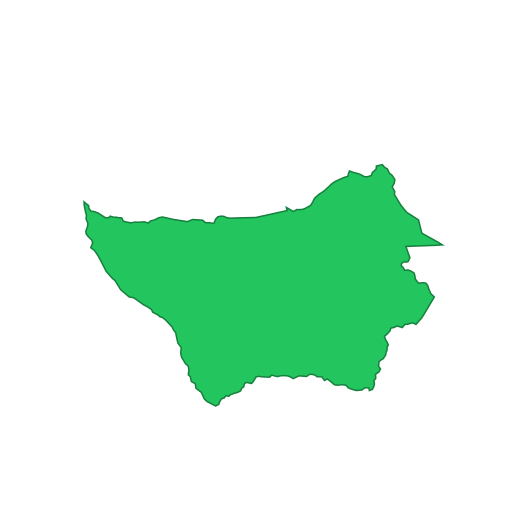 the district of Itaíba, Pernambuco, Brazil, rotated 125°
{"feature_id": "56859067B4810139882764", "entity_name": "Itaíba", "entity_type": "district", "adm_level": 2, "iso_a3": "BRA", "parent_name": "Brazil", "parent_adm1": "Pernambuco", "projection": "natural_earth1", "projection_center": [-37.295, -9.026], "detail": "fine", "context": "isolated", "style": "filled", "palette": "green", "viewbox_px": 512, "rotation_deg": 125, "n_neighbors": 0, "source": "geoboundaries", "source_scale": "gbopen_adm2", "svg_char_len": 3267}
<svg xmlns="http://www.w3.org/2000/svg" viewBox="0 0 512 512"><g transform="rotate(125 256 256)"><path d="M403.3,212.5L402.0,203.0L398.8,201.4L396.0,202.2L392.6,202.3L390.6,200.6L387.8,200.6L386.5,197.8L384.4,197.4L381.8,195.7L378.2,192.8L375.3,191.2L372.5,191.9L370.2,191.0L367.2,192.2L365.0,191.3L363.0,186.5L359.6,186.2L355.0,186.6L352.9,184.6L351.8,182.2L349.1,177.9L347.4,175.3L344.6,174.8L343.5,171.8L342.4,169.1L340.4,167.5L338.4,165.1L336.1,161.4L335.3,158.7L335.1,155.2L329.6,152.1L327.4,148.5L325.6,145.4L322.8,144.6L320.9,142.5L319.7,139.2L319.9,136.8L317.2,132.7L318.7,128.5L315.8,127.0L316.0,122.8L316.5,118.0L315.6,116.0L314.3,114.1L312.4,112.2L310.2,108.2L311.1,104.8L310.4,101.7L308.7,96.8L307.2,94.9L304.8,92.2L302.3,91.7L300.8,90.2L299.3,87.9L301.2,86.0L298.5,84.1L295.5,84.6L292.7,85.7L290.5,87.9L287.6,87.7L284.4,90.2L280.4,88.8L277.0,89.3L276.1,92.3L271.9,94.7L269.2,93.8L267.2,92.9L262.7,93.0L260.1,94.3L258.0,94.6L255.6,96.3L252.9,96.6L251.6,98.7L250.2,101.9L248.1,104.7L244.6,103.8L242.3,103.5L240.3,103.3L237.8,104.2L235.2,101.8L232.5,100.4L231.5,97.6L230.7,95.1L226.5,94.8L225.1,92.8L220.9,89.4L220.3,85.7L211.2,84.7L187.3,86.4L186.6,91.1L184.2,95.1L181.6,98.6L180.8,101.3L181.8,103.4L185.0,107.4L183.5,112.2L181.0,114.6L179.3,116.6L179.4,119.8L180.2,123.5L182.5,126.0L181.1,128.5L180.7,131.4L178.7,132.4L176.1,131.7L174.9,129.5L173.2,128.2L169.2,128.9L162.2,138.7L159.0,134.5L144.3,115.1L140.0,109.7L140.3,114.7L142.2,133.2L135.1,141.4L133.2,143.6L133.3,146.2L133.4,148.6L133.8,157.7L131.4,166.1L129.9,169.6L126.3,177.8L123.5,179.4L121.4,184.0L117.1,184.5L113.7,186.1L111.8,190.9L111.7,194.2L109.3,198.3L109.6,201.4L108.7,204.9L110.6,206.6L113.2,209.0L115.7,207.5L118.1,207.8L120.7,208.6L124.0,207.7L127.4,210.4L128.9,212.8L129.1,215.7L129.8,219.2L131.6,224.0L132.7,228.2L135.6,227.5L138.1,226.5L141.1,228.9L149.5,233.9L153.6,235.4L157.8,236.2L160.2,236.8L162.7,237.3L166.3,238.5L169.0,239.7L171.8,240.4L174.8,241.1L177.0,240.9L179.3,240.5L183.3,240.3L186.3,241.8L188.6,242.9L191.1,244.6L193.2,247.2L194.7,249.4L198.1,250.8L198.4,254.5L198.8,259.0L201.0,256.6L224.5,278.2L238.1,296.6L239.9,299.0L241.4,301.9L241.9,304.8L243.1,307.2L245.8,309.8L249.1,310.2L253.0,309.3L254.5,310.9L255.3,313.1L257.6,316.4L257.3,320.3L262.5,328.9L267.2,331.9L273.3,344.4L277.7,355.0L280.4,357.6L285.0,360.1L287.6,362.4L290.9,363.3L292.0,367.0L295.9,371.8L297.4,374.3L300.6,377.5L302.8,382.4L303.5,384.9L301.8,387.8L303.2,390.1L304.4,392.7L305.9,394.9L307.0,398.3L309.4,398.8L310.9,400.9L311.2,404.8L311.3,409.7L312.4,414.0L313.9,416.9L312.8,420.2L310.6,422.2L310.6,425.3L310.3,427.9L313.0,425.8L318.3,420.3L320.0,418.1L322.9,416.7L325.7,412.5L328.5,410.9L333.1,409.7L335.2,408.0L336.3,404.8L337.3,399.2L339.3,397.2L344.0,396.1L344.1,391.5L346.6,385.1L348.9,380.5L354.6,369.7L356.7,360.9L357.1,357.0L361.2,347.6L361.6,343.4L362.3,336.5L360.5,332.6L360.3,329.3L360.5,320.4L359.9,316.1L359.8,310.9L361.3,308.2L360.5,302.3L360.9,299.7L360.0,297.4L360.3,293.2L362.2,284.2L363.8,281.3L364.8,277.9L369.7,272.8L372.2,269.9L373.9,264.7L376.1,263.5L379.2,261.6L381.6,258.9L384.7,251.9L385.1,248.2L388.0,245.5L392.1,243.4L392.6,240.5L395.9,237.0L395.5,232.4L398.8,229.3L399.1,222.5L402.8,216.2L403.3,212.5Z" fill="#22c55e" stroke="#15803d" stroke-width="1.5"/></g></svg>